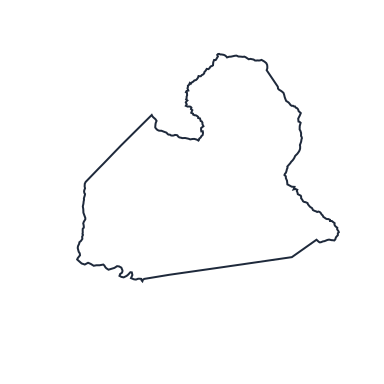 the district of São Raimundo das Mangabeiras, Maranhão, Brazil, rotated 62°
{"feature_id": "56859067B90980321133528", "entity_name": "São Raimundo das Mangabeiras", "entity_type": "district", "adm_level": 2, "iso_a3": "BRA", "parent_name": "Brazil", "parent_adm1": "Maranhão", "projection": "natural_earth1", "projection_center": [-45.741, -7.052], "detail": "fine", "context": "isolated", "style": "outline", "palette": "slate", "viewbox_px": 384, "rotation_deg": 62, "n_neighbors": 0, "source": "geoboundaries", "source_scale": "gbopen_adm2", "svg_char_len": 4625}
<svg xmlns="http://www.w3.org/2000/svg" viewBox="0 0 384 384"><g transform="rotate(62 192 192)"><path d="M197.7,325.1L203.3,323.0L205.7,320.7L205.7,317.0L207.9,315.2L211.0,313.4L211.8,310.8L213.3,308.0L214.4,304.4L215.7,303.9L217.9,303.8L219.2,303.4L221.4,302.2L222.6,296.1L222.3,293.0L223.5,291.3L225.6,289.9L228.6,290.2L229.7,290.9L230.5,292.1L230.6,293.8L232.0,295.4L233.8,294.2L235.3,292.4L235.4,289.2L235.0,287.2L233.9,284.1L234.7,282.9L237.3,283.6L239.4,286.3L241.9,284.2L243.0,282.6L243.3,280.2L244.0,278.9L244.9,277.6L246.4,278.0L247.5,277.7L246.6,276.8L246.3,275.0L253.9,252.5L254.3,251.3L255.7,247.4L273.2,199.0L275.2,193.4L279.9,180.4L280.6,178.4L296.4,134.4L292.6,104.5L295.6,103.4L296.5,102.8L296.9,101.6L297.1,99.5L297.6,98.1L297.9,95.0L298.4,93.3L300.1,91.3L300.7,90.3L301.6,89.1L301.1,87.7L300.2,86.9L299.4,85.8L298.6,83.5L296.9,82.6L296.4,81.2L295.3,81.1L293.9,81.3L292.9,81.3L291.8,80.5L290.9,80.9L289.7,81.4L288.6,81.6L287.6,81.5L286.5,80.7L284.8,81.5L283.2,82.2L282.4,83.7L281.4,83.2L279.9,84.3L279.3,85.5L278.2,86.4L276.8,87.0L275.7,87.7L274.0,87.6L272.8,88.1L270.8,88.2L269.5,88.7L268.6,89.6L268.4,90.9L267.5,91.4L266.8,92.1L265.7,93.0L264.7,93.7L263.5,93.6L262.6,93.6L260.6,94.7L259.4,95.0L258.3,95.2L257.4,95.4L256.0,95.2L254.3,96.5L253.5,97.6L252.3,98.3L250.5,98.3L248.7,98.6L247.6,97.9L246.3,97.7L243.6,99.6L241.9,99.1L240.3,99.0L239.5,98.0L237.8,99.3L237.4,101.1L236.7,100.2L235.6,99.1L234.1,101.5L230.9,103.6L230.1,104.2L226.6,102.8L225.1,102.7L223.8,102.6L222.2,101.8L220.4,102.4L219.5,101.3L219.1,100.1L217.9,98.8L216.3,97.4L215.5,96.3L214.3,95.9L213.6,94.1L212.7,91.7L211.9,90.3L211.5,88.9L210.9,87.4L210.0,85.8L209.4,85.0L208.7,84.2L208.2,82.8L207.9,81.6L207.5,80.6L206.6,78.8L205.9,77.7L205.0,76.7L204.2,76.0L202.3,75.0L201.2,74.7L200.0,73.3L198.8,72.0L196.9,70.6L196.1,69.7L195.1,69.4L193.7,69.4L191.2,68.0L189.1,67.6L187.3,67.6L184.3,65.9L181.9,63.6L180.6,64.1L179.8,64.9L177.1,63.8L175.2,61.1L173.4,58.9L172.2,59.3L170.8,59.9L169.8,59.7L168.5,59.6L167.1,60.0L166.2,60.8L164.8,60.9L164.3,61.8L163.3,62.3L162.7,63.5L161.6,64.1L159.6,64.4L158.3,64.7L155.8,66.1L153.8,65.9L151.7,65.6L149.4,65.0L147.5,64.7L146.6,65.0L145.6,65.4L144.2,66.1L142.6,67.1L141.1,67.5L139.3,66.8L119.5,68.9L118.1,67.4L116.6,66.6L115.1,66.0L113.1,65.9L111.9,66.4L110.9,66.8L108.0,68.6L107.7,70.3L107.1,71.6L106.5,72.5L106.1,73.6L105.4,74.7L104.0,75.4L101.9,77.9L101.4,79.6L98.1,81.4L97.0,82.3L96.6,83.6L95.3,85.5L94.1,87.5L93.3,88.0L92.4,88.8L91.8,90.3L91.3,92.2L90.8,94.0L90.0,95.7L89.6,97.9L88.4,98.1L86.8,98.8L85.8,99.6L84.4,101.4L83.9,102.4L82.8,103.2L82.4,104.2L82.8,105.4L84.5,105.5L85.3,106.9L86.0,108.0L86.6,109.2L85.8,110.5L86.6,111.4L87.5,112.4L89.1,113.4L90.0,114.0L90.1,115.4L89.9,116.5L90.3,117.5L91.0,118.7L91.2,119.9L90.2,121.2L91.2,122.8L92.0,124.9L92.8,125.4L93.4,126.7L93.4,128.5L93.9,129.9L93.4,130.9L92.7,131.8L93.9,133.1L94.7,134.7L95.0,136.1L94.6,137.5L95.1,139.0L95.2,141.0L95.9,142.3L94.7,142.7L96.1,144.6L96.2,145.7L97.4,146.3L98.3,147.3L100.7,147.6L100.3,149.4L101.0,150.5L102.0,149.9L103.2,150.4L104.3,150.9L105.3,152.0L106.8,152.8L107.4,153.7L109.0,153.1L109.3,154.2L109.9,155.4L112.1,155.5L113.0,157.0L114.5,155.8L115.3,154.2L116.0,153.3L117.2,152.9L118.3,154.0L119.9,153.3L121.7,155.5L123.4,154.3L124.3,154.6L125.5,153.6L126.1,152.6L127.2,151.9L128.6,151.3L129.6,151.8L130.8,150.4L132.1,150.7L133.4,151.0L134.2,150.3L135.6,150.2L136.9,150.9L137.8,151.0L139.3,151.0L139.8,153.9L140.8,154.5L141.9,155.0L142.9,155.3L143.4,154.0L144.7,154.4L145.8,155.1L146.8,156.0L147.1,157.6L147.9,158.6L148.3,160.6L149.1,161.2L149.6,162.2L148.2,163.0L147.3,163.9L146.3,164.9L145.5,166.5L144.7,168.9L143.5,169.9L142.7,170.8L141.1,172.7L139.8,175.4L139.1,176.0L137.8,177.6L136.5,178.2L135.1,178.3L134.2,179.3L133.6,180.3L133.5,181.6L133.0,182.8L132.3,183.9L131.0,184.6L130.2,185.9L129.3,186.3L127.6,186.7L125.7,188.4L123.6,190.2L123.0,191.3L122.2,192.5L120.8,193.5L118.7,194.1L117.6,194.1L115.6,192.8L114.7,192.2L113.7,191.3L112.6,189.9L110.5,190.1L107.6,191.2L106.6,191.4L105.1,191.4L117.7,233.2L125.7,257.8L126.5,260.4L127.5,263.6L133.2,281.2L134.4,282.8L136.7,284.2L138.5,284.7L139.8,286.2L140.8,287.0L142.3,287.5L143.6,287.4L144.6,288.2L146.3,289.9L147.1,290.6L148.2,291.0L149.6,292.2L151.4,293.4L153.5,295.2L156.0,296.0L159.3,297.6L164.9,298.4L166.1,299.1L167.4,301.4L168.7,302.8L170.0,303.1L171.6,303.7L172.7,304.3L173.1,305.6L174.1,306.3L176.7,307.6L177.6,308.4L178.7,308.4L179.9,310.0L181.9,310.8L183.1,313.1L183.5,315.0L184.7,315.9L186.3,318.1L187.8,319.2L190.3,319.8L191.6,320.1L193.3,319.9L194.3,320.2L195.3,320.6L196.8,324.0L197.7,325.1Z" fill="none" stroke="#1e293b" stroke-width="2"/></g></svg>